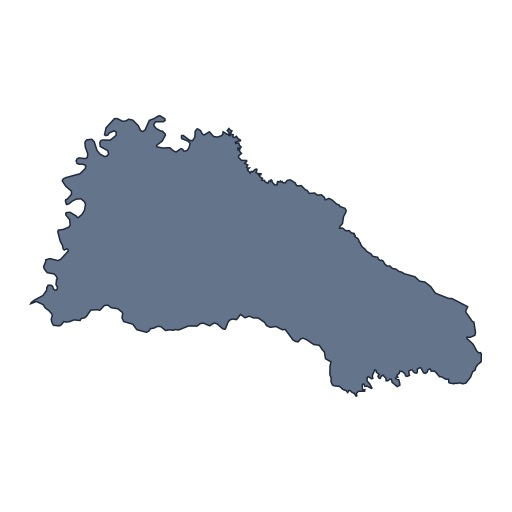 the district of Menoaneng, Mokhotlong, Lesotho
{"feature_id": "5366337B74637186434694", "entity_name": "Menoaneng", "entity_type": "district", "adm_level": 2, "iso_a3": "LSO", "parent_name": "Lesotho", "parent_adm1": "Mokhotlong", "projection": "orthographic", "projection_center": [29.096, -29.433], "detail": "fine", "context": "isolated", "style": "filled", "palette": "slate", "viewbox_px": 512, "rotation_deg": 0, "n_neighbors": 0, "source": "geoboundaries", "source_scale": "gbopen_adm2", "svg_char_len": 6022}
<svg xmlns="http://www.w3.org/2000/svg" viewBox="0 0 512 512"><path d="M475.1,370.1L475.9,367.1L477.8,364.5L481.2,361.8L481.3,353.7L480.5,352.6L478.8,352.9L476.8,351.1L473.0,344.1L466.9,338.3L467.0,337.1L470.3,337.3L474.9,335.3L475.5,332.4L473.9,322.2L472.4,321.5L466.2,312.7L465.7,311.0L467.7,306.7L451.9,298.5L448.9,298.5L436.3,293.6L435.0,292.7L430.8,286.7L424.9,282.0L419.5,281.1L414.9,276.7L404.3,273.8L401.9,272.2L399.3,271.6L395.7,269.0L392.5,268.5L389.8,265.9L387.5,266.2L384.9,264.2L383.0,260.9L381.3,260.2L380.5,260.5L378.4,259.2L377.7,257.3L372.7,256.3L370.9,253.9L366.5,251.2L365.1,249.2L362.3,247.0L360.6,244.5L360.3,242.8L359.0,241.7L359.0,240.6L357.9,238.6L354.9,236.6L355.2,235.4L354.0,234.4L354.2,233.5L351.2,232.8L349.3,230.7L345.7,230.7L342.4,228.0L339.5,228.3L340.1,226.2L342.5,223.6L343.5,216.8L346.0,211.8L346.1,210.1L344.9,208.3L339.8,206.4L339.4,205.2L336.4,203.9L332.4,200.2L329.0,198.4L325.2,199.9L324.4,197.4L321.5,194.8L317.2,195.1L314.7,193.0L309.2,193.4L307.2,190.4L305.5,189.9L301.3,185.6L297.2,185.9L295.6,184.1L295.4,183.0L290.2,179.8L287.3,180.4L284.9,183.0L282.9,182.6L282.3,181.6L281.0,182.0L280.5,181.0L278.9,182.0L277.7,181.5L277.1,182.9L277.2,184.6L275.0,185.1L272.1,182.1L272.1,180.9L271.3,179.9L270.5,180.1L270.3,181.3L268.7,181.2L268.3,182.9L267.5,183.2L265.1,181.7L264.5,180.4L261.7,180.3L262.5,178.3L260.2,177.1L258.8,175.0L260.8,174.8L261.0,173.7L258.0,173.6L255.9,172.5L257.0,169.9L256.7,169.1L255.3,169.3L252.4,171.9L251.2,171.4L250.2,173.1L247.4,169.8L249.2,168.0L247.6,168.1L246.5,167.4L247.8,165.0L244.7,163.4L246.7,161.4L246.6,160.5L241.4,160.3L238.5,157.3L238.8,155.7L241.5,153.4L239.5,151.2L239.8,149.1L238.0,149.9L237.8,148.1L240.5,148.0L241.1,147.0L239.3,145.2L238.8,143.0L235.8,143.5L235.3,142.3L239.1,140.8L240.0,141.1L240.5,140.1L238.1,138.7L236.4,136.3L234.6,137.5L232.8,137.0L233.2,134.7L231.0,134.2L230.7,133.1L232.0,130.9L230.3,130.2L228.9,128.5L227.2,130.7L229.3,132.7L228.6,134.4L230.4,135.2L229.9,135.8L223.1,131.8L222.8,134.3L221.5,135.7L217.6,137.1L213.6,136.5L209.4,131.8L204.0,135.0L202.3,133.9L200.5,130.6L197.8,128.9L196.9,129.0L195.2,131.3L194.8,137.3L192.4,140.8L189.5,140.2L183.2,135.4L181.6,135.6L181.4,137.9L182.2,138.9L188.0,141.1L190.2,143.4L188.9,147.8L187.1,150.5L184.0,151.3L182.7,149.3L181.0,148.6L176.0,152.0L173.3,150.8L169.9,147.7L162.5,148.0L156.6,146.7L156.7,145.3L162.2,141.1L165.4,135.2L165.0,133.7L162.3,131.1L160.8,131.0L156.3,128.6L154.2,126.1L153.8,124.3L155.5,121.8L163.4,121.7L165.1,120.4L164.9,118.8L160.1,115.8L158.5,115.9L153.9,118.7L149.3,120.4L145.1,129.9L142.6,131.6L140.6,130.5L138.2,125.6L132.9,120.2L128.8,119.2L125.9,120.9L122.6,121.3L117.4,118.6L114.5,118.6L106.1,127.7L104.5,134.8L105.7,135.6L107.8,135.1L109.4,132.8L114.3,130.8L116.2,132.3L116.1,135.4L110.3,140.1L102.1,140.0L100.5,141.0L99.8,142.8L100.2,146.5L107.7,150.6L108.6,154.0L106.8,156.1L104.8,156.6L100.1,154.2L97.0,150.4L94.2,141.7L91.8,139.3L86.8,139.8L85.4,141.4L84.9,142.9L85.4,147.4L87.8,153.8L87.3,157.6L85.1,158.6L78.9,157.9L77.1,158.9L76.1,160.9L77.1,163.4L78.8,164.2L82.7,164.2L85.7,165.4L85.4,168.4L80.1,173.7L65.9,177.6L63.6,178.7L62.6,179.7L62.3,181.0L65.9,186.4L71.4,191.1L71.5,194.3L67.3,199.1L65.8,199.6L65.4,200.9L66.3,204.2L66.9,204.6L68.9,203.8L72.6,200.9L76.5,199.1L80.9,198.8L84.5,201.8L85.5,204.4L84.5,210.2L82.1,214.3L78.4,217.5L77.0,217.3L76.5,216.2L70.1,212.3L66.3,212.6L65.7,213.4L66.0,215.2L69.6,219.7L70.2,224.7L69.3,226.7L68.0,227.5L63.1,229.5L58.3,230.1L57.8,231.8L60.2,241.1L62.5,245.6L63.2,249.0L64.2,250.0L66.9,248.8L68.0,249.6L68.3,251.0L60.8,259.2L58.0,260.6L50.0,258.6L45.8,259.8L45.9,260.9L43.6,266.7L44.2,268.8L47.2,272.7L54.3,274.0L56.2,276.2L57.4,278.9L56.5,279.7L56.0,284.6L57.4,287.2L57.3,288.7L56.5,290.0L55.3,290.3L53.5,289.0L52.5,286.2L51.1,285.2L48.2,285.2L46.8,287.5L46.6,290.3L43.0,295.5L34.3,300.2L31.3,302.5L30.7,303.7L36.4,301.5L43.1,304.6L45.3,308.0L48.9,310.6L52.0,314.2L52.2,316.1L51.2,319.3L51.8,322.2L53.5,325.3L59.1,325.9L61.0,325.1L63.9,321.5L65.6,322.1L69.1,321.8L74.1,319.9L80.1,320.5L81.2,318.5L84.6,317.8L86.3,316.6L90.8,310.1L97.2,309.7L99.8,310.3L104.5,305.4L108.0,305.2L111.1,307.7L117.9,308.8L122.0,312.1L122.7,313.1L122.0,317.8L123.6,321.5L132.8,324.2L136.8,329.7L146.5,332.3L148.8,331.1L150.5,328.7L153.9,328.1L157.4,326.4L160.8,326.6L165.5,330.5L169.6,329.8L173.1,330.3L175.4,329.5L178.6,330.0L188.4,326.0L197.1,326.1L200.2,323.6L203.3,323.1L209.6,325.8L214.4,322.9L217.3,324.0L222.5,328.6L224.6,329.3L225.4,329.0L227.8,322.7L229.5,320.2L232.3,319.0L236.6,319.6L240.5,314.4L245.0,317.8L249.3,316.1L253.4,317.9L258.2,318.0L264.6,322.4L266.6,325.7L270.3,327.3L275.9,326.5L282.5,329.8L285.2,329.4L293.0,340.0L295.7,341.5L298.1,341.9L300.6,339.0L303.2,338.2L306.8,339.8L313.7,344.5L319.3,345.3L322.4,350.0L324.3,351.7L325.5,358.7L331.0,361.9L330.0,366.0L329.9,374.8L331.1,377.8L331.0,381.6L332.4,384.9L333.9,385.8L339.6,386.4L343.1,389.6L346.2,390.6L347.7,392.5L348.6,390.7L350.1,390.5L351.8,392.2L354.2,393.4L356.1,396.2L356.8,395.9L356.4,393.2L358.5,391.3L364.6,391.2L364.9,389.6L363.0,390.0L362.5,389.3L362.2,385.2L363.1,383.9L364.0,384.1L364.7,386.3L367.3,386.2L371.2,388.4L371.9,388.0L369.7,383.9L367.0,380.8L367.2,377.7L368.1,376.5L371.7,378.8L372.8,378.4L372.3,375.8L374.7,369.9L376.2,370.5L376.3,372.2L379.1,374.3L377.9,376.3L379.3,378.4L380.2,378.4L381.1,376.4L382.8,375.1L385.9,378.2L386.1,380.8L387.7,380.8L390.2,379.0L391.4,379.3L392.1,382.3L397.2,386.6L399.9,385.1L399.6,382.7L398.8,379.8L395.9,378.9L395.6,377.8L396.4,377.0L397.8,377.1L397.0,375.1L399.3,373.3L399.8,371.1L402.6,371.7L404.8,373.7L405.7,376.0L407.2,376.4L409.5,375.4L408.7,371.3L410.9,369.8L412.1,370.0L414.2,372.6L416.4,373.2L417.3,372.3L417.3,369.2L419.9,367.6L421.0,368.1L423.6,372.9L425.4,373.4L427.1,372.2L427.7,370.1L429.7,368.8L430.9,370.0L431.0,371.1L434.9,371.3L439.6,376.8L441.7,376.8L445.3,379.1L448.6,379.3L448.8,382.5L449.6,383.0L454.0,383.8L454.3,383.3L457.7,383.4L459.3,382.8L462.8,383.8L465.9,383.1L470.5,377.3L472.7,371.6L475.1,370.1Z" fill="#64748b" stroke="#1e293b" stroke-width="1.5"/></svg>